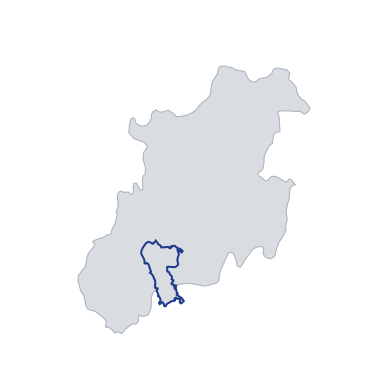 location of Sremski within Republic of Serbia, rotated 249°
{"feature_id": "SRB-281", "entity_name": "Sremski", "entity_type": "District", "adm_level": 1, "iso_a3": "SRB", "parent_name": "Republic of Serbia", "parent_adm1": "", "projection": "albers", "projection_center": [19.679, 44.916], "detail": "fine", "context": "in_parent", "style": "outline", "palette": "blue", "viewbox_px": 384, "rotation_deg": 249, "n_neighbors": 0, "source": "natural_earth", "source_scale": "10m", "svg_char_len": 7122}
<svg xmlns="http://www.w3.org/2000/svg" viewBox="0 0 384 384"><g transform="rotate(249 192 192)"><path d="M212.2,147.3L220.5,149.7L224.4,152.1L226.4,155.3L231.8,157.3L240.4,158.1L246.5,161.3L250.0,166.7L255.5,165.2L262.8,156.7L270.2,154.3L277.7,158.0L281.9,161.1L282.6,163.6L281.0,164.7L276.8,164.4L273.5,166.1L271.0,169.8L270.8,173.7L272.7,177.7L275.5,180.5L278.9,181.9L280.8,184.0L281.1,186.7L282.0,187.5L280.2,188.8L278.1,190.7L277.1,194.0L276.9,199.3L270.5,203.6L268.0,204.4L267.0,207.2L265.5,214.9L265.9,220.7L266.9,223.6L267.4,226.0L269.7,228.9L271.8,233.3L273.3,239.3L276.3,243.8L283.9,248.0L287.6,250.5L290.5,254.2L292.7,257.6L299.0,262.0L298.7,265.3L297.5,268.5L296.1,270.1L293.2,274.4L290.3,276.8L285.7,284.3L278.0,284.9L276.1,285.6L273.3,287.7L271.9,291.4L273.4,294.2L273.4,297.2L272.2,303.0L274.3,309.1L277.1,311.8L277.6,313.4L277.2,316.3L273.3,322.3L272.1,324.5L268.1,325.7L266.6,325.2L264.4,323.2L262.4,322.7L257.6,325.2L252.6,326.8L248.6,325.8L244.7,325.8L242.1,326.8L240.0,327.3L236.1,329.9L229.7,331.9L226.8,331.6L225.6,329.2L224.3,325.9L224.9,324.3L229.0,321.5L229.5,319.0L235.1,306.5L236.1,302.5L236.1,301.1L234.5,300.3L231.3,300.4L216.9,295.8L217.4,290.0L213.2,287.0L208.6,284.3L207.8,281.3L202.7,275.2L198.9,271.8L194.2,270.1L190.2,267.6L187.7,266.1L186.6,263.2L186.6,261.5L185.4,259.8L183.4,260.0L180.2,262.4L176.2,264.4L175.5,265.9L177.0,269.3L178.0,271.5L177.6,273.5L176.3,276.2L168.6,282.1L167.7,284.1L169.3,287.4L168.3,288.9L161.8,291.1L162.0,289.3L161.6,286.4L157.8,283.4L152.5,281.1L140.7,273.1L136.2,272.0L132.2,271.1L126.5,267.2L123.5,266.5L120.2,263.7L113.1,254.4L107.1,249.3L102.9,246.7L101.8,244.1L101.6,241.6L101.7,240.7L104.9,237.1L107.3,236.5L110.4,236.4L112.4,238.3L115.1,238.7L116.6,236.3L117.3,232.9L117.0,228.6L110.6,218.4L105.1,211.4L104.5,209.8L105.7,208.5L107.6,207.8L109.7,208.4L115.0,208.9L120.2,208.3L122.0,206.6L122.0,204.3L120.1,202.1L114.1,196.3L109.4,191.2L103.9,187.2L99.9,185.6L98.7,183.6L98.2,181.5L98.7,177.6L99.0,172.6L99.9,169.5L103.6,163.7L107.2,157.4L109.4,151.4L110.5,145.9L110.1,144.3L108.3,143.1L104.5,141.9L99.1,142.9L94.6,144.9L92.8,145.0L92.2,142.5L92.9,141.4L94.4,141.6L95.5,142.0L96.8,140.9L97.6,137.6L95.8,125.8L99.1,124.8L99.2,123.1L99.5,121.6L103.0,123.7L107.9,123.8L112.2,123.4L112.8,122.2L112.8,120.6L111.9,119.3L110.4,118.2L109.3,116.6L106.4,115.8L97.4,111.6L93.0,107.0L93.2,102.3L94.5,99.7L96.0,98.8L95.6,97.9L90.5,95.7L88.8,92.6L90.3,88.7L87.7,80.7L85.0,75.7L87.7,73.6L88.1,70.6L88.4,68.9L89.5,68.9L93.9,67.0L95.5,65.3L96.4,63.4L97.5,62.9L100.4,65.1L103.5,65.3L106.9,64.0L109.5,62.1L112.7,60.6L114.1,59.6L115.9,57.9L119.5,53.1L123.6,52.1L129.1,53.3L135.1,53.8L139.5,52.6L150.8,54.0L153.2,55.1L154.8,56.3L157.8,60.5L160.7,65.8L164.7,68.3L169.4,71.2L171.8,73.3L175.5,79.7L178.4,82.8L179.3,82.7L180.2,81.8L180.9,81.2L181.6,81.7L181.7,83.7L181.9,88.0L181.3,92.7L182.4,97.0L182.4,98.4L181.7,99.6L181.8,100.7L182.9,101.9L186.7,104.7L190.4,109.1L194.6,112.2L198.4,114.1L200.8,114.2L204.9,117.8L212.7,120.2L215.3,121.1L217.0,122.5L218.3,124.2L218.4,126.0L217.2,126.9L215.6,129.4L215.0,132.5L213.7,133.3L212.5,133.4L211.6,134.3L211.8,135.6L212.9,136.8L214.5,137.9L217.7,138.9L220.8,140.5L220.8,141.8L220.2,143.3L216.3,143.9L213.4,144.2L212.1,144.8L212.2,147.3Z" fill="#d9dde1" stroke="#a8b0b8" stroke-width="1"/><path d="M102.7,142.3L102.4,141.9L102.3,141.3L101.9,140.9L101.3,141.0L96.7,144.3L95.9,144.6L94.9,144.8L93.2,145.3L92.2,143.2L92.0,141.7L93.4,141.0L94.1,141.2L95.1,142.3L95.8,142.4L96.4,142.1L96.9,141.5L97.7,140.1L98.2,139.8L98.8,139.6L99.1,139.0L99.0,138.0L98.5,137.4L97.5,137.8L96.9,137.3L96.8,136.6L97.0,135.7L97.2,134.9L97.3,134.2L97.3,133.4L96.9,131.3L96.7,129.6L96.6,128.9L96.2,128.0L95.8,127.5L95.3,127.0L94.9,126.5L94.9,125.8L95.6,125.2L98.5,125.5L99.5,125.2L99.8,124.1L99.1,122.7L98.8,121.7L99.9,121.4L100.5,121.7L101.4,123.1L102.0,123.7L102.9,124.1L104.0,124.1L106.1,123.9L106.4,123.7L106.5,123.4L106.7,123.0L107.1,122.9L107.3,123.0L107.7,123.6L108.0,123.8L112.3,123.6L112.5,123.5L112.8,123.9L113.2,124.4L113.2,124.5L113.4,124.6L113.5,124.7L113.5,124.8L113.6,125.0L114.0,125.2L114.1,125.3L114.3,125.3L114.3,125.2L114.5,125.0L114.6,124.9L115.2,124.1L115.2,123.8L115.2,123.7L115.3,123.5L115.7,123.3L115.9,123.3L116.1,123.3L116.4,123.6L116.5,123.7L116.7,123.8L116.9,123.8L118.0,123.9L118.3,124.2L118.5,124.4L118.7,124.5L119.0,124.5L119.3,124.6L119.8,125.0L120.0,125.1L120.3,125.2L120.9,125.3L121.1,125.3L121.6,125.5L122.4,125.7L122.9,125.9L123.0,125.9L123.9,125.7L124.1,125.6L124.3,125.6L124.9,125.6L127.9,125.6L128.8,125.3L129.2,125.1L129.5,124.9L129.8,124.8L130.4,124.8L130.6,124.7L130.9,124.6L131.1,124.3L131.6,123.8L132.2,124.5L132.6,125.3L132.8,125.4L133.4,125.2L133.6,125.2L134.0,125.2L134.8,125.2L135.7,125.2L136.1,125.2L136.3,125.3L137.2,125.3L137.9,125.4L138.0,125.4L138.2,125.5L138.3,125.5L138.7,125.6L139.5,125.4L139.9,125.3L140.1,125.3L140.8,125.2L141.1,125.0L141.3,124.9L141.7,124.6L142.0,124.4L142.1,124.2L141.8,123.7L141.7,123.6L141.7,123.4L141.8,123.3L142.3,122.2L145.2,123.0L146.3,123.2L152.4,122.5L154.3,123.1L156.0,124.5L157.1,125.6L157.7,126.2L160.2,129.9L160.6,130.4L161.2,133.2L160.0,134.9L158.5,136.1L158.2,137.3L157.8,137.3L158.5,138.9L159.3,140.4L159.6,140.7L157.4,141.4L156.3,141.7L155.6,141.7L155.5,141.8L155.2,141.8L154.8,142.2L154.5,142.4L154.1,142.8L153.4,143.3L153.2,143.4L152.6,143.5L152.2,143.4L151.8,143.4L151.7,143.4L151.4,143.4L151.3,143.5L151.1,143.7L151.0,143.8L151.0,144.0L151.0,144.5L150.9,144.6L150.8,145.4L150.6,145.7L150.1,146.9L150.0,147.4L150.0,147.9L149.9,148.1L149.7,148.5L149.5,148.9L149.5,149.1L149.5,149.8L149.5,150.0L149.4,150.1L149.2,150.4L149.0,150.5L148.7,150.7L148.3,150.8L148.2,150.8L147.9,150.8L147.7,150.8L147.4,151.2L147.3,151.3L147.3,151.5L147.3,151.9L147.3,152.1L147.5,152.3L147.6,152.5L147.8,152.6L148.2,152.7L148.6,152.9L148.8,153.0L148.8,153.3L148.7,153.6L148.7,153.8L148.5,154.0L148.2,154.2L148.1,154.3L148.4,154.8L148.5,154.9L148.5,155.0L148.4,155.1L148.3,155.5L148.2,155.8L148.0,156.6L145.5,157.9L144.6,158.7L143.6,160.0L141.9,161.4L140.2,162.1L139.2,161.0L139.7,160.2L142.7,158.8L143.7,158.0L142.3,157.5L138.8,157.6L137.6,156.8L136.7,155.8L135.4,154.9L132.9,153.6L130.2,153.5L129.4,153.1L129.0,152.6L128.7,152.1L128.5,151.5L128.2,150.9L128.0,149.6L128.4,147.9L130.6,143.5L130.9,142.6L130.8,141.8L130.4,141.6L129.1,141.4L128.0,140.8L127.1,140.7L126.6,140.5L125.1,142.0L124.6,141.9L123.5,141.9L123.1,141.9L122.9,141.9L122.7,142.0L122.3,142.1L121.5,142.6L121.0,142.8L120.8,142.9L120.6,142.9L120.4,142.9L119.9,142.8L119.4,142.7L119.1,142.7L118.8,142.5L118.7,142.4L118.2,141.9L117.8,141.7L117.6,141.8L117.3,142.0L117.1,142.1L116.9,142.3L116.7,142.6L116.5,142.8L116.3,142.9L116.2,143.0L116.0,142.9L115.8,142.9L115.7,142.8L115.6,142.7L115.3,142.1L115.1,141.6L115.0,141.2L114.9,141.0L114.7,140.8L114.4,140.5L113.9,140.1L113.7,140.0L113.5,139.9L113.3,139.9L113.2,139.9L112.5,140.6L112.6,141.2L112.0,141.8L111.3,141.9L109.7,141.4L108.9,141.3L109.8,142.2L110.7,142.8L110.5,143.2L110.4,143.0L110.2,143.1L109.7,143.2L109.2,143.0L108.2,142.0L107.7,142.0L107.3,142.2L106.8,142.3L104.6,141.8L104.1,141.9L103.2,142.3L102.7,142.3Z" fill="none" stroke="#1e3a8a" stroke-width="2"/></g></svg>